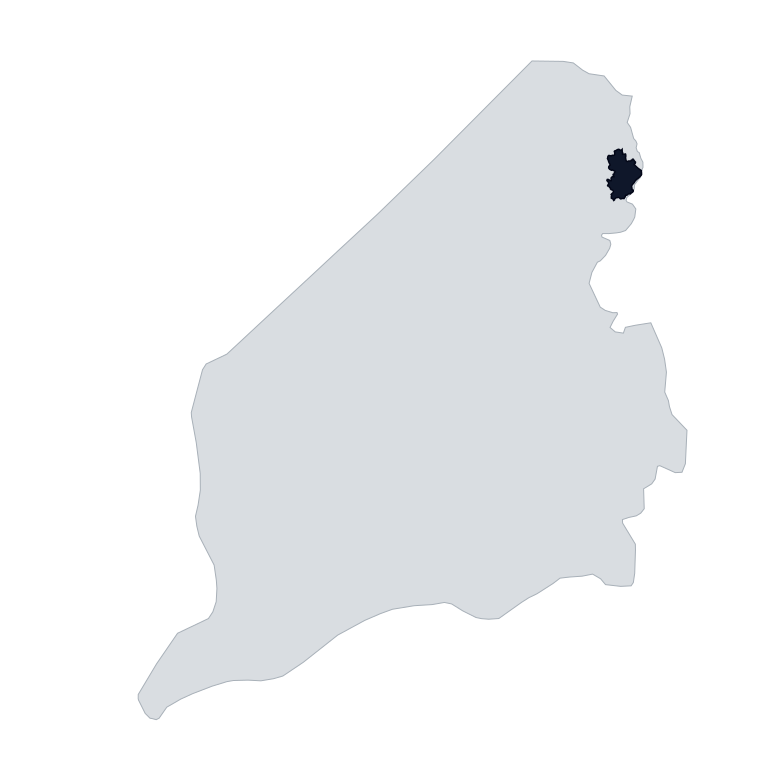 Qatana, Rif Dimashq, Syria shown in context, rotated 171°
{"feature_id": "27442178B63011141740515", "entity_name": "Qatana", "entity_type": "district", "adm_level": 2, "iso_a3": "SYR", "parent_name": "Syria", "parent_adm1": "Rif Dimashq", "projection": "equal_earth", "projection_center": [36.018, 33.361], "detail": "fine", "context": "in_parent", "style": "filled", "palette": "ink", "viewbox_px": 768, "rotation_deg": 171, "n_neighbors": 0, "source": "geoboundaries", "source_scale": "gbopen_adm2", "svg_char_len": 6223}
<svg xmlns="http://www.w3.org/2000/svg" viewBox="0 0 768 768"><g transform="rotate(171 384 384)"><path d="M103.5,250.2L110.2,250.9L124.4,260.2L126.8,259.9L131.1,247.7L135.2,243.5L144.0,239.9L146.5,220.1L150.6,216.3L155.5,214.3L163.1,213.9L169.7,212.8L170.1,209.3L160.8,186.5L161.6,180.7L166.0,157.8L168.8,148.9L171.5,146.0L181.9,147.1L196.6,151.2L200.5,157.7L207.7,163.6L218.4,163.2L230.8,164.3L240.5,164.7L248.3,160.5L265.7,152.9L274.3,150.3L282.1,146.9L307.3,134.4L317.4,135.3L324.4,137.0L329.7,139.0L341.7,147.6L351.6,156.2L358.5,158.8L370.9,158.6L388.9,160.3L410.9,160.2L423.7,157.7L440.1,153.5L469.1,143.2L507.2,121.8L529.6,111.4L539.3,110.2L552.0,110.1L564.7,112.8L579.2,114.7L585.8,114.6L601.3,112.4L621.4,108.1L634.0,104.6L649.1,98.8L658.4,89.1L661.5,88.1L665.5,89.9L667.4,90.5L671.4,96.0L675.9,110.2L676.0,111.7L675.3,115.8L665.6,127.4L652.4,143.2L642.9,153.2L626.9,170.1L614.7,173.7L594.1,179.8L588.7,185.7L583.8,195.2L581.0,208.2L580.3,216.4L580.1,231.7L585.3,247.5L590.3,262.7L591.1,272.8L590.9,282.8L586.6,293.4L582.0,307.9L579.5,324.4L578.6,355.4L579.2,381.7L578.8,386.0L570.6,404.7L561.0,426.5L556.5,431.6L534.5,438.1L510.7,454.1L484.1,472.0L459.8,488.3L434.3,505.4L407.9,523.2L388.9,535.9L363.6,552.9L340.4,569.2L316.9,585.7L299.1,598.2L271.9,618.1L256.0,629.7L232.5,646.9L211.8,662.0L187.3,679.9L156.5,674.6L146.8,671.5L138.8,663.0L133.0,658.4L118.4,653.8L109.1,637.7L103.5,632.1L93.8,629.5L97.9,619.3L98.7,612.5L102.9,604.3L100.3,598.9L99.0,587.4L97.2,584.6L96.5,581.6L98.0,577.9L97.4,574.1L95.7,572.5L95.0,566.8L93.6,562.6L94.3,557.5L96.4,554.1L98.7,547.7L101.2,545.7L105.3,541.7L106.4,537.5L110.1,533.4L115.1,530.1L116.2,527.4L115.5,525.8L110.5,522.8L107.9,517.5L110.2,509.7L111.8,507.3L114.7,503.6L121.4,497.8L126.5,496.9L131.0,496.9L138.6,497.4L144.5,498.4L145.9,496.9L145.7,495.0L138.5,490.4L138.1,486.6L139.9,482.7L145.0,476.4L151.1,471.8L154.2,470.9L161.2,461.7L165.7,451.3L158.4,426.1L154.0,422.1L146.9,418.6L142.7,418.1L142.4,416.5L147.9,410.1L151.9,404.5L147.5,399.3L139.6,396.8L136.7,402.2L126.6,402.7L110.9,402.7L104.0,376.2L103.0,364.7L103.2,351.5L108.0,332.1L105.7,323.1L105.6,317.0L104.3,308.7L92.0,290.9L98.8,258.1L103.5,250.2Z" fill="#d9dde1" stroke="#a8b0b8" stroke-width="1"/><path d="M131.7,550.8L132.0,550.2L131.8,549.6L131.3,549.1L131.2,548.9L130.8,547.9L130.7,547.4L130.8,546.7L131.1,546.2L131.7,545.6L131.8,545.5L131.8,545.4L132.1,545.1L132.1,544.7L131.7,544.6L131.0,544.2L130.8,543.7L130.6,543.2L130.0,542.6L129.7,542.1L129.9,541.4L129.1,540.3L128.5,540.1L127.9,539.8L127.5,539.2L127.3,538.4L127.3,538.0L127.6,537.5L128.1,537.0L128.8,536.6L130.0,535.7L129.7,535.0L129.7,534.8L130.2,533.4L130.4,532.0L129.6,531.4L129.0,531.1L128.7,530.2L128.4,529.3L128.0,529.5L127.5,529.8L127.3,530.3L127.1,530.9L126.6,531.1L125.7,531.6L124.7,531.6L123.7,531.6L123.2,531.6L122.6,531.4L122.2,530.9L121.7,530.1L121.3,529.8L120.6,529.8L119.6,530.0L118.0,529.6L117.9,529.6L117.6,530.0L117.3,530.4L117.1,530.6L116.8,530.8L116.7,531.0L116.4,531.3L116.3,531.7L116.2,531.8L116.1,532.0L115.9,532.3L115.9,532.5L115.5,532.8L115.3,532.7L115.1,532.6L114.9,532.5L114.7,532.5L114.3,532.6L114.1,532.7L113.8,532.9L113.6,533.0L113.4,533.2L113.2,533.3L112.7,533.6L112.4,533.6L112.2,533.7L111.9,533.5L111.7,533.4L111.3,533.2L111.2,533.2L110.8,533.3L110.7,533.4L110.5,533.5L110.4,533.6L110.3,533.8L110.3,534.0L110.2,534.0L109.8,534.1L109.7,534.1L109.4,534.2L109.0,534.3L108.7,534.5L108.3,534.7L108.2,534.8L108.0,535.0L107.9,535.1L107.8,535.3L107.7,535.4L107.6,535.5L107.5,535.9L107.5,536.0L107.5,536.3L107.6,536.5L107.8,536.6L107.9,536.8L108.1,536.8L108.3,536.8L108.5,537.1L108.6,537.5L108.5,538.0L108.5,538.4L108.5,538.9L108.5,539.4L108.5,539.6L108.5,540.1L108.5,540.5L108.5,540.8L108.4,540.9L108.3,541.1L108.2,541.3L107.9,541.6L107.7,541.8L107.4,542.1L107.2,542.4L107.0,542.5L106.9,542.6L106.6,542.8L106.4,542.9L106.3,543.0L106.0,543.3L105.8,543.5L105.6,543.6L105.4,543.9L105.2,544.0L105.0,544.3L104.9,544.4L104.8,544.6L104.7,544.7L104.6,544.9L104.4,545.0L104.1,545.3L103.8,545.5L103.7,545.6L103.6,545.8L103.4,545.9L103.3,546.0L103.1,546.1L102.8,546.3L102.7,546.3L102.4,546.6L102.2,546.7L101.9,546.8L101.7,547.0L101.4,547.1L101.1,547.3L100.8,547.4L100.7,547.5L100.4,547.7L100.3,547.8L100.1,547.9L99.9,548.0L99.7,548.1L99.5,548.3L99.4,548.3L99.2,548.4L99.1,548.5L98.9,548.6L98.6,548.9L98.4,549.0L98.2,549.2L97.9,549.4L97.8,549.5L97.7,549.6L97.4,549.8L97.3,550.0L97.2,550.1L97.0,550.4L96.9,550.6L96.8,550.8L96.8,551.0L96.7,551.1L96.7,551.3L96.7,551.6L96.7,551.8L96.7,552.1L96.7,552.3L96.6,552.5L96.5,552.9L96.5,553.0L96.5,553.3L96.5,553.5L96.6,553.9L96.6,554.0L96.5,554.3L96.4,554.5L99.2,557.2L100.1,558.3L101.0,559.5L101.9,560.6L102.5,561.6L102.5,561.9L101.8,562.3L101.5,562.5L101.3,562.8L101.5,563.0L101.5,563.3L101.2,563.5L100.9,563.8L101.3,564.4L101.7,565.0L102.0,565.6L102.3,566.3L102.7,567.1L103.1,567.2L103.6,567.0L104.3,566.2L104.9,566.3L105.4,565.7L105.8,565.6L106.8,565.9L107.7,566.0L108.6,565.7L109.2,565.8L109.5,566.1L109.8,566.5L110.0,567.2L110.0,567.6L110.0,568.3L110.0,569.0L110.0,569.8L109.9,570.1L109.5,571.3L109.4,572.7L109.4,573.2L109.7,573.5L110.7,573.3L111.4,573.6L112.4,573.5L112.5,573.7L112.3,574.4L112.2,574.9L112.1,575.4L112.4,575.9L112.1,578.5L112.9,577.9L113.9,577.9L115.3,579.1L116.3,579.1L117.0,578.9L117.6,578.7L117.9,578.5L118.2,578.2L118.8,578.3L119.4,578.2L119.9,578.0L120.2,577.5L119.9,576.4L120.3,574.4L120.7,574.0L121.3,573.9L122.0,574.1L122.9,574.2L123.0,574.1L123.2,573.9L123.3,573.9L123.5,573.8L123.8,573.8L124.0,573.8L124.3,573.8L124.5,573.9L124.5,574.0L125.4,574.3L126.1,574.6L127.2,573.9L127.8,572.1L128.0,571.9L127.9,571.2L127.6,570.4L127.4,569.4L127.3,568.3L126.9,567.0L126.7,566.1L126.3,565.4L126.3,564.8L126.9,564.5L127.7,563.9L128.0,563.5L128.3,562.2L128.0,561.7L127.7,561.0L126.8,560.2L126.4,559.9L126.1,559.7L125.8,559.5L124.9,559.8L124.1,558.9L123.7,558.8L123.2,558.7L122.7,558.2L122.7,557.9L122.6,557.7L122.8,557.2L123.2,556.8L123.6,556.4L123.8,555.6L124.2,555.2L124.6,555.3L124.9,555.2L125.0,554.8L124.9,554.2L124.6,553.5L124.4,553.1L124.4,552.8L124.5,552.6L125.2,552.9L126.0,553.0L126.6,552.7L127.1,552.4L127.5,551.8L127.7,549.4L128.0,549.2L129.2,549.7L129.9,550.6L130.8,551.1L131.5,551.1L131.7,550.8Z" fill="#0f172a" stroke="#020617" stroke-width="1.5"/></g></svg>